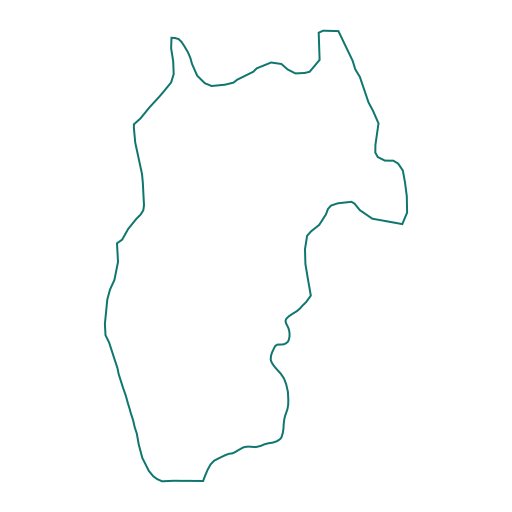 Quetzaltenango, Quezaltenango, Guatemala (Equal Earth projection)
{"feature_id": "79465075B80303982129661", "entity_name": "Quetzaltenango", "entity_type": "district", "adm_level": 2, "iso_a3": "GTM", "parent_name": "Guatemala", "parent_adm1": "Quezaltenango", "projection": "equal_earth", "projection_center": [-91.528, 14.813], "detail": "fine", "context": "isolated", "style": "outline", "palette": "teal", "viewbox_px": 512, "rotation_deg": 0, "n_neighbors": 0, "source": "geoboundaries", "source_scale": "gbopen_adm2", "svg_char_len": 2144}
<svg xmlns="http://www.w3.org/2000/svg" viewBox="0 0 512 512"><path d="M402.3,224.1L407.1,212.6L406.8,196.4L405.0,182.3L402.8,170.5L398.1,163.5L393.3,160.7L384.9,160.6L377.8,157.1L375.3,152.6L375.4,145.0L378.5,123.4L373.0,110.8L368.5,102.4L359.9,77.0L355.2,69.2L352.7,60.9L338.4,31.1L323.1,30.7L318.7,32.7L319.6,59.9L309.6,71.8L304.5,73.0L295.4,73.4L287.7,69.5L281.4,64.0L271.1,62.5L256.8,68.3L253.2,71.8L237.2,79.7L233.5,82.6L225.0,84.7L211.6,86.0L204.8,83.2L197.2,75.7L192.0,63.9L190.4,58.1L188.0,52.4L184.3,46.1L181.5,41.9L178.5,39.0L174.8,38.0L171.5,37.8L171.1,48.1L173.2,61.4L173.7,74.1L171.1,82.5L162.8,92.6L159.2,96.8L149.9,106.9L140.2,118.7L133.9,124.3L133.9,128.1L135.2,142.4L142.0,174.0L142.8,182.4L144.0,205.3L143.3,210.3L140.6,214.6L136.4,218.8L128.2,228.9L122.1,239.7L117.0,243.3L118.0,262.0L114.4,280.0L110.0,289.6L107.3,299.5L104.9,323.9L105.5,335.2L109.1,342.5L114.6,359.5L117.5,368.2L118.6,373.9L123.3,388.6L125.4,394.5L126.3,397.5L128.0,403.6L129.8,409.4L130.6,412.6L133.1,420.2L134.7,427.2L136.8,433.6L138.7,444.3L142.3,457.9L148.9,471.0L153.3,476.3L157.2,479.1L162.1,481.3L172.9,480.8L192.0,480.9L203.1,481.0L205.1,475.7L207.7,469.6L210.6,464.4L214.0,460.8L218.5,458.4L225.6,455.0L229.4,453.7L232.3,453.4L235.4,452.0L237.5,450.6L243.3,447.4L245.9,446.8L248.6,446.6L255.8,447.1L261.0,445.8L264.2,444.4L268.2,443.3L272.8,442.6L277.0,441.2L279.8,439.3L281.2,437.9L281.9,435.9L282.9,432.6L283.5,428.3L283.7,424.1L284.3,419.1L285.1,415.8L287.4,409.3L288.2,404.8L288.3,399.4L287.9,391.8L286.1,384.0L283.9,378.3L280.6,373.5L275.6,368.0L273.8,365.7L272.2,363.4L271.1,361.1L270.7,359.4L271.0,355.8L272.0,352.6L274.2,347.9L275.4,345.8L277.5,344.6L282.0,344.5L284.2,344.2L286.1,343.2L287.9,341.7L288.6,340.4L289.4,337.4L289.6,334.3L289.2,330.8L288.6,328.6L287.5,326.2L286.1,323.4L285.6,321.8L285.7,320.2L286.3,318.8L288.8,316.3L293.2,313.4L296.8,311.2L299.9,308.6L302.3,305.8L306.2,302.0L310.8,295.6L307.8,278.4L305.4,263.9L305.0,249.1L307.1,235.8L311.1,231.3L319.2,224.9L326.0,214.3L328.0,208.9L331.0,205.6L337.8,203.3L351.4,201.8L354.4,203.5L359.9,210.2L372.3,218.7L402.3,224.1Z" fill="none" stroke="#0f766e" stroke-width="2"/></svg>